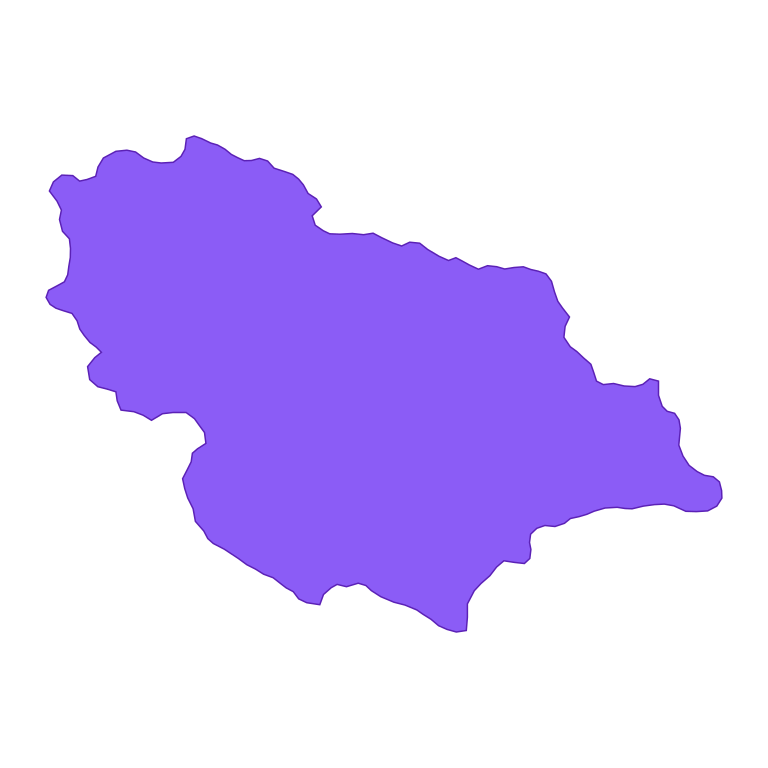 Conceição da Aparecida, Minas Gerais, Brazil (Albers equal-area conic projection)
{"feature_id": "56859067B12007549634062", "entity_name": "Conceição da Aparecida", "entity_type": "district", "adm_level": 2, "iso_a3": "BRA", "parent_name": "Brazil", "parent_adm1": "Minas Gerais", "projection": "albers", "projection_center": [-46.222, -21.097], "detail": "fine", "context": "isolated", "style": "filled", "palette": "violet", "viewbox_px": 768, "rotation_deg": 0, "n_neighbors": 0, "source": "geoboundaries", "source_scale": "gbopen_adm2", "svg_char_len": 2726}
<svg xmlns="http://www.w3.org/2000/svg" viewBox="0 0 768 768"><path d="M716.8,506.1L721.9,498.1L721.6,490.6L719.4,481.9L713.3,476.8L704.4,475.3L697.2,471.6L689.1,465.4L683.0,456.1L678.8,445.1L679.7,435.6L680.4,428.3L679.0,419.9L674.6,413.3L667.2,411.3L662.2,406.3L658.5,395.3L658.5,381.1L649.7,378.8L642.9,384.3L635.1,386.6L624.2,386.0L613.6,383.5L603.3,384.6L596.5,381.1L593.9,373.0L590.9,364.3L583.3,357.7L577.1,351.8L570.2,346.7L563.9,337.3L565.1,326.4L569.5,317.0L562.5,308.0L557.8,301.3L554.5,291.9L551.5,281.3L546.0,273.9L538.3,271.2L530.8,269.5L523.4,266.8L514.0,267.5L504.7,269.0L496.7,266.7L487.5,265.7L478.4,269.2L469.0,264.8L462.0,260.9L455.9,257.7L448.5,260.5L438.9,256.2L427.7,249.5L419.7,243.2L409.7,242.2L401.6,246.0L392.6,242.9L381.7,237.7L373.1,233.2L363.6,234.7L352.3,233.5L340.0,234.2L329.7,233.8L323.2,230.7L315.2,225.2L312.2,215.8L321.3,206.9L316.5,199.0L308.1,193.5L303.4,184.9L298.6,179.1L292.8,174.4L284.4,171.5L274.1,168.2L267.6,161.0L259.5,158.4L251.5,160.5L244.2,160.7L237.3,157.5L231.3,154.4L225.1,149.3L217.5,145.0L210.6,143.0L201.8,138.7L194.1,136.0L186.4,138.7L185.0,149.3L181.0,156.4L173.3,162.3L161.2,163.0L152.8,162.0L143.7,158.0L135.6,152.0L126.9,150.2L115.9,151.3L103.4,158.0L98.0,167.0L95.7,176.3L87.0,179.5L79.6,181.1L72.8,175.6L61.8,175.1L53.4,181.9L49.4,191.0L57.0,201.1L61.4,210.1L59.5,219.5L62.5,231.3L69.4,238.8L70.5,248.4L70.3,257.5L68.8,266.5L67.7,274.8L64.4,281.8L57.5,285.6L48.6,290.3L46.1,297.4L50.1,304.4L56.1,308.3L63.6,310.8L72.0,313.4L77.1,320.8L79.8,329.1L84.1,335.3L90.0,342.5L96.2,347.1L101.4,352.3L94.8,357.6L87.6,366.6L89.7,379.6L97.8,386.7L106.8,389.0L115.9,391.8L117.2,400.8L121.0,410.1L133.9,411.7L143.1,415.2L151.5,420.3L162.5,413.7L173.0,412.5L186.1,412.5L194.5,418.7L199.3,425.4L204.5,432.5L205.9,443.4L197.5,448.8L192.4,453.2L191.2,461.8L187.5,469.2L182.6,478.7L184.7,488.5L187.7,497.9L193.1,508.7L195.4,521.4L203.8,531.0L207.8,538.6L213.3,543.5L224.3,549.2L231.4,553.9L238.4,558.5L246.8,564.7L255.3,569.0L263.6,574.2L273.1,577.7L280.5,583.5L286.2,587.9L293.3,591.7L298.7,598.9L306.7,602.7L319.8,604.7L323.5,594.5L331.2,587.7L337.1,584.4L346.5,586.7L358.2,583.2L365.9,585.5L371.3,590.6L380.8,596.7L393.9,602.2L404.8,605.0L416.7,609.9L423.2,614.4L430.9,619.2L438.6,625.7L447.0,629.4L456.3,632.0L466.3,630.5L467.4,617.2L467.4,603.9L474.3,590.7L481.0,583.5L489.9,575.7L496.6,567.0L503.9,560.8L514.4,562.4L524.4,563.5L529.8,558.5L530.9,549.5L529.5,542.5L530.6,534.2L536.8,528.3L544.9,525.5L555.0,526.5L564.5,523.3L570.4,518.5L579.2,516.6L586.9,514.3L594.1,511.2L605.1,508.0L617.2,507.3L625.1,508.5L632.1,508.8L643.4,506.1L654.5,504.6L664.3,504.1L673.8,505.8L685.8,511.3L696.4,511.6L707.7,510.9L716.8,506.1Z" fill="#8b5cf6" stroke="#5b21b6" stroke-width="1.5"/></svg>